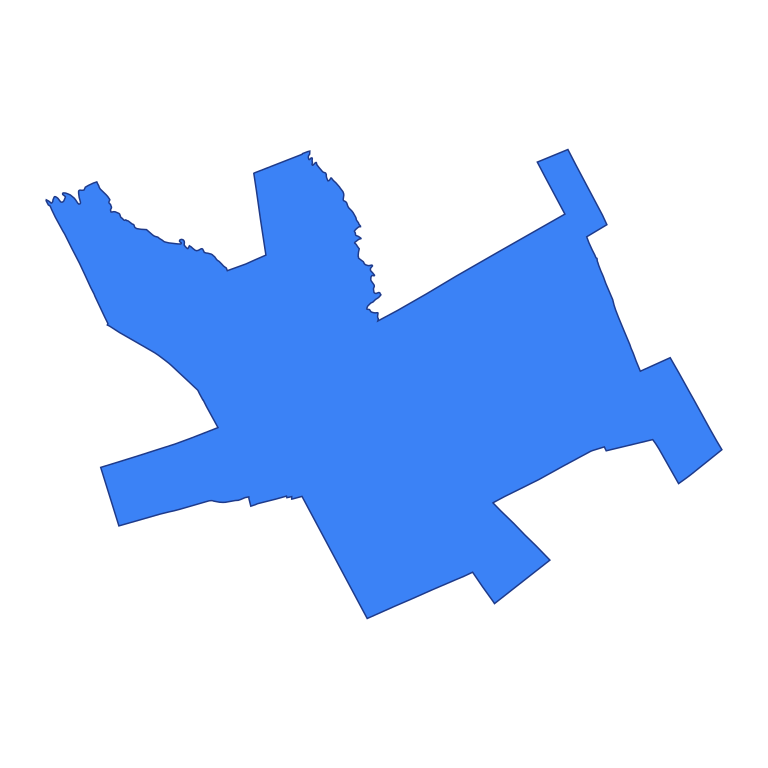 outline of Mizil, Prahova, Romania
{"feature_id": "2599482B63196712771897", "entity_name": "Mizil", "entity_type": "district", "adm_level": 2, "iso_a3": "ROU", "parent_name": "Romania", "parent_adm1": "Prahova", "projection": "mercator", "projection_center": [26.445, 45.004], "detail": "fine", "context": "isolated", "style": "filled", "palette": "blue", "viewbox_px": 768, "rotation_deg": 0, "n_neighbors": 0, "source": "geoboundaries", "source_scale": "gbopen_adm2", "svg_char_len": 6030}
<svg xmlns="http://www.w3.org/2000/svg" viewBox="0 0 768 768"><path d="M118.9,525.9L159.7,514.2L169.4,511.8L174.0,510.8L180.1,509.2L209.1,500.8L211.3,500.6L212.6,500.7L213.7,501.1L219.5,502.2L222.9,502.4L225.3,502.3L235.3,500.5L238.3,500.3L240.9,499.4L245.1,497.6L248.8,496.9L248.9,498.5L250.8,506.2L255.3,504.7L257.6,503.7L275.8,499.1L286.5,496.1L286.9,497.7L291.7,496.6L291.7,499.1L292.4,499.0L302.0,496.4L367.2,618.5L393.9,606.6L409.7,599.8L431.8,590.0L455.8,579.7L463.9,576.3L472.6,572.2L482.7,587.0L493.2,601.6L494.5,603.6L549.9,560.1L536.2,546.0L524.8,534.9L514.1,523.8L500.8,510.9L493.0,502.9L493.7,502.4L504.3,496.7L538.6,479.7L562.6,466.4L590.6,451.3L592.7,450.5L604.3,446.9L606.2,450.8L652.7,439.6L655.6,443.6L658.9,448.8L678.6,483.6L686.4,478.0L690.9,474.6L721.9,449.7L716.6,440.8L709.7,428.6L693.7,399.5L688.8,390.8L686.5,386.6L679.0,373.1L670.2,357.7L640.3,371.2L636.1,361.0L633.2,353.1L631.1,348.3L629.8,344.5L624.0,330.7L618.5,317.4L615.6,309.9L614.1,305.3L612.7,299.6L605.7,283.2L603.4,276.8L602.3,274.2L600.9,271.1L598.6,265.1L598.0,263.0L597.3,261.2L597.0,258.4L595.9,257.7L594.8,255.0L592.1,249.7L588.9,242.7L586.7,236.8L606.9,224.7L606.2,223.2L602.5,215.2L575.8,164.8L567.9,149.5L537.3,162.1L544.8,176.4L564.9,214.1L497.9,252.2L455.9,276.3L426.4,293.9L397.6,310.4L377.8,321.0L378.3,319.4L378.2,318.5L377.8,317.8L377.6,316.8L377.6,316.2L378.0,313.2L377.8,312.8L377.2,312.7L375.1,312.9L373.3,312.6L371.6,312.1L370.8,311.6L369.6,309.7L369.2,309.5L367.3,309.3L366.8,309.0L366.9,308.4L367.1,307.5L367.6,306.3L367.9,305.9L368.7,305.1L370.7,303.1L373.0,302.0L375.2,299.8L376.4,298.9L377.6,298.2L378.8,297.3L380.7,295.2L380.9,294.8L380.8,294.5L380.2,293.8L379.7,292.7L378.7,292.5L376.0,293.5L374.9,293.2L374.4,292.9L374.0,292.4L373.9,292.0L373.5,289.3L373.5,288.6L374.3,286.4L374.2,285.3L373.9,284.7L371.1,280.7L370.9,280.2L370.8,279.7L370.8,279.0L370.9,277.4L371.2,276.6L371.9,275.6L372.6,275.5L374.0,275.8L374.4,275.6L374.5,275.4L374.5,275.2L374.2,274.8L372.3,272.4L371.9,272.1L370.8,270.9L370.4,270.0L370.5,268.5L370.9,267.8L372.5,265.9L372.4,265.6L372.1,265.2L371.5,265.1L369.2,265.6L368.4,265.6L367.4,265.4L365.4,264.7L364.2,263.6L363.8,262.5L363.3,261.7L358.6,258.2L358.5,257.0L358.2,256.6L358.2,255.2L358.5,252.1L359.1,249.5L359.2,248.7L358.9,248.4L357.3,246.2L356.4,244.7L355.7,243.9L354.7,243.1L354.6,242.9L354.8,242.4L355.4,241.9L358.1,239.8L359.3,239.1L360.9,238.7L361.0,238.4L360.8,238.1L358.8,236.7L357.9,236.2L356.3,235.6L355.8,235.3L355.5,234.6L355.3,232.9L354.4,231.3L354.5,230.9L354.9,230.4L356.4,228.8L358.6,227.0L359.0,226.8L360.5,226.7L360.5,226.1L359.0,224.3L358.7,223.5L358.5,222.9L356.7,220.4L356.3,219.6L356.1,218.4L355.8,217.4L353.1,212.6L351.8,210.9L349.3,208.4L348.6,207.6L347.8,206.2L346.9,203.4L346.5,202.6L345.8,201.8L345.0,201.3L344.0,200.9L343.4,200.3L343.3,200.0L343.2,199.4L343.8,195.2L343.7,193.9L343.5,193.2L342.9,191.6L341.0,189.1L340.2,188.1L339.6,187.1L335.9,182.8L333.9,181.0L332.6,179.6L331.5,178.1L331.1,178.0L330.7,178.1L330.3,179.0L329.7,179.9L329.1,180.5L328.5,180.8L328.0,180.8L327.8,180.7L326.6,177.6L326.3,176.2L326.3,174.5L325.7,173.2L325.2,172.8L323.5,172.3L322.5,171.6L319.0,167.5L317.0,164.9L316.6,163.8L316.5,163.0L316.2,162.5L315.9,162.5L315.2,162.9L313.3,164.8L312.9,165.2L312.4,165.2L312.0,164.3L312.4,162.6L312.4,162.0L312.2,161.6L312.1,160.5L312.3,158.7L312.2,158.1L311.8,157.9L311.1,158.0L310.8,158.2L309.9,159.3L309.4,159.6L308.9,159.5L308.7,159.1L308.4,157.9L308.3,157.2L308.4,156.1L308.6,155.6L309.6,154.3L309.7,153.6L309.8,151.1L307.7,151.6L302.5,153.6L302.1,154.3L254.7,172.8L253.8,173.3L256.4,190.5L260.5,219.6L265.9,255.1L254.9,259.9L245.8,264.0L227.3,270.7L226.3,268.0L224.8,267.0L223.5,266.0L221.7,264.0L219.3,261.6L218.4,260.9L217.9,260.7L217.2,260.1L216.5,259.4L214.6,256.7L213.4,255.8L212.4,254.8L211.2,254.1L207.8,253.2L206.1,253.0L204.3,252.4L202.8,249.3L202.3,248.9L202.0,248.7L201.1,248.8L198.2,250.4L196.5,250.7L195.3,250.3L194.8,250.0L192.7,248.3L191.2,246.9L189.4,245.8L188.3,248.0L187.8,248.6L187.4,248.5L186.5,247.8L185.2,246.4L184.2,245.0L184.4,242.5L184.2,241.2L183.6,240.3L183.2,239.9L181.9,239.4L181.3,239.4L180.3,239.7L179.8,240.1L179.5,240.9L179.6,241.5L181.3,242.9L181.3,243.2L181.1,243.7L180.9,243.9L180.4,244.0L177.6,243.9L168.9,242.9L165.5,242.1L164.0,241.6L162.3,240.2L159.3,238.4L158.5,237.6L157.7,237.1L155.1,236.4L154.2,236.0L152.7,235.0L146.5,229.6L141.3,229.3L139.8,229.1L136.8,228.6L135.2,227.7L134.8,227.3L134.3,226.1L134.1,225.3L133.8,224.8L133.5,224.5L132.2,224.0L128.3,221.0L127.3,220.6L126.6,220.6L126.2,220.1L125.8,219.9L125.3,220.0L124.9,220.3L124.3,220.3L123.6,219.8L122.2,218.3L121.3,217.7L120.7,217.1L119.7,214.2L119.3,213.7L118.7,213.3L115.2,211.8L114.2,211.7L113.3,211.7L111.8,212.1L111.0,211.9L110.8,211.8L110.9,211.4L110.5,210.1L110.5,209.8L111.4,208.0L111.5,207.7L111.4,206.8L111.1,206.0L110.8,205.6L110.7,204.8L110.4,204.4L109.3,203.2L109.0,202.9L108.9,202.5L108.9,202.2L109.1,201.3L109.7,200.3L109.8,199.5L109.6,199.3L107.8,196.6L106.1,194.7L100.3,189.1L99.3,187.5L98.7,185.7L97.5,183.5L96.8,181.9L93.5,183.0L88.4,185.4L85.3,187.2L84.1,189.9L83.4,190.2L81.7,190.3L79.9,190.1L78.9,190.6L78.6,191.4L78.6,193.1L79.2,197.5L80.1,200.8L80.4,201.9L80.5,203.0L80.1,203.7L79.6,204.0L78.8,204.1L77.8,203.2L75.7,200.0L74.3,198.2L70.4,195.0L68.2,194.0L65.7,193.1L63.9,192.9L63.0,193.0L62.6,193.6L62.7,194.5L64.5,195.9L65.4,196.7L65.2,197.6L63.9,200.8L62.8,201.9L62.1,202.2L61.2,202.1L60.5,201.7L57.9,198.3L56.6,197.3L55.5,196.7L54.5,196.7L54.1,197.2L53.0,199.8L52.8,201.4L52.3,202.3L51.8,202.9L51.4,203.1L51.0,203.0L50.4,202.4L48.6,201.0L46.3,199.8L46.1,200.7L48.3,204.9L50.2,206.1L51.6,209.5L55.3,217.2L62.9,231.1L64.7,234.1L71.7,248.2L79.5,263.3L85.2,275.5L90.7,287.5L94.1,294.1L94.9,296.2L104.4,316.4L107.9,323.5L107.3,325.0L109.2,325.9L119.6,332.6L148.9,349.4L154.9,352.9L158.6,355.4L163.9,359.4L168.7,363.1L171.2,365.3L197.8,390.2L199.5,393.7L202.9,400.0L203.2,400.0L206.5,406.6L218.0,427.6L189.8,438.6L174.8,444.1L133.1,457.4L100.7,467.4L118.9,525.9Z" fill="#3b82f6" stroke="#1e3a8a" stroke-width="1.5"/></svg>